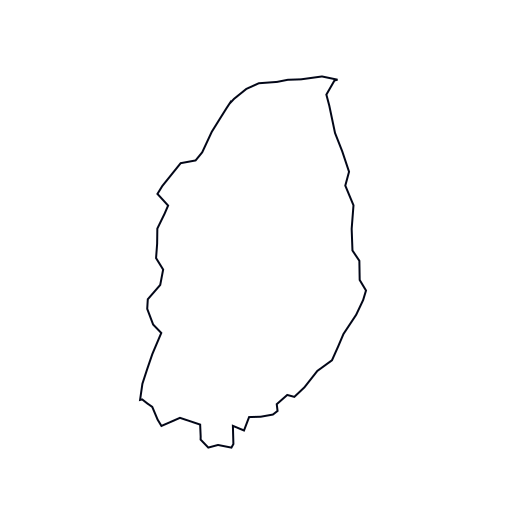 Empa, Paphos, Cyprus, rotated 206°
{"feature_id": "46923920B32941879680416", "entity_name": "Empa", "entity_type": "district", "adm_level": 2, "iso_a3": "CYP", "parent_name": "Cyprus", "parent_adm1": "Paphos", "projection": "equal_earth", "projection_center": [32.424, 34.807], "detail": "fine", "context": "isolated", "style": "outline", "palette": "ink", "viewbox_px": 512, "rotation_deg": 206, "n_neighbors": 0, "source": "geoboundaries", "source_scale": "gbopen_adm2", "svg_char_len": 1061}
<svg xmlns="http://www.w3.org/2000/svg" viewBox="0 0 512 512"><g transform="rotate(206 256 256)"><path d="M168.7,126.2L172.4,131.9L167.0,144.8L159.8,146.2L154.9,159.2L150.5,179.6L142.0,195.6L142.5,210.7L143.2,224.3L140.2,247.1L140.4,263.4L142.0,273.2L152.3,279.9L161.0,297.0L171.7,303.2L181.9,322.3L190.6,344.3L206.6,358.4L209.3,372.5L224.4,387.9L238.9,401.2L256.0,423.2L263.5,431.9L262.4,448.1L260.0,450.2L275.4,446.3L293.0,434.5L304.7,428.3L313.4,421.7L329.2,412.5L337.9,402.0L344.6,387.7L346.4,381.9L346.5,382.1L347.3,375.9L348.5,364.7L350.2,348.3L349.8,325.6L352.2,315.4L364.4,306.4L370.9,277.9L371.8,268.6L357.1,262.8L356.7,253.9L356.7,237.4L350.2,223.6L344.9,210.3L333.5,203.1L329.4,188.0L334.3,169.7L330.6,160.8L318.4,149.3L307.4,145.3L306.2,122.6L304.2,106.5L302.1,91.4L297.1,75.8L295.4,77.2L288.9,75.8L283.1,74.9L272.7,65.8L266.5,61.8L253.4,77.2L232.3,80.0L226.6,69.5L225.3,66.7L214.9,62.9L207.3,69.5L194.1,73.0L193.9,77.1L202.3,93.2L190.3,93.9L191.6,108.2L181.3,113.6L171.3,120.9L168.7,126.2Z" fill="none" stroke="#020617" stroke-width="2"/></g></svg>